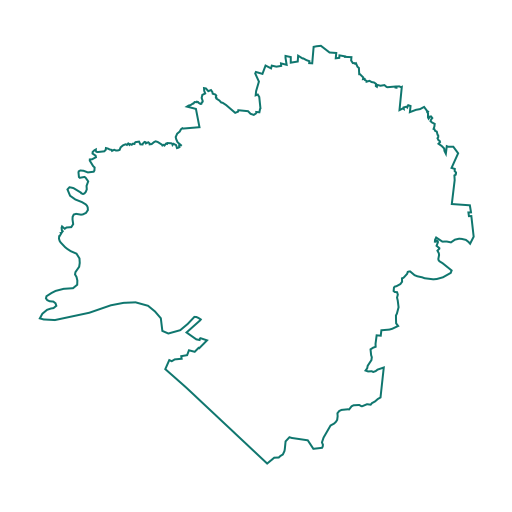 outline of Gutiérrez Zamora, Veracruz, Mexico, rotated 178°
{"feature_id": "50627088B23583227090437", "entity_name": "Gutiérrez Zamora", "entity_type": "district", "adm_level": 2, "iso_a3": "MEX", "parent_name": "Mexico", "parent_adm1": "Veracruz", "projection": "mercator", "projection_center": [-97.115, 20.451], "detail": "fine", "context": "isolated", "style": "outline", "palette": "teal", "viewbox_px": 512, "rotation_deg": 178, "n_neighbors": 0, "source": "geoboundaries", "source_scale": "gbopen_adm2", "svg_char_len": 6044}
<svg xmlns="http://www.w3.org/2000/svg" viewBox="0 0 512 512"><g transform="rotate(178 256 256)"><path d="M160.0,452.4L165.6,453.6L165.9,451.1L169.4,450.8L168.7,456.1L175.4,456.8L183.8,463.8L188.1,463.5L191.1,463.0L193.1,446.6L196.1,446.9L195.8,448.8L198.8,450.0L201.8,451.8L202.6,451.8L206.9,454.7L207.5,448.9L214.5,448.0L214.3,453.6L219.5,454.9L219.6,453.0L218.7,446.0L224.3,447.6L224.2,445.1L229.0,444.5L233.6,445.7L234.4,443.0L239.8,446.0L243.2,437.8L249.7,439.9L250.4,438.4L247.0,430.2L250.1,420.9L250.7,416.6L248.6,417.3L247.2,414.8L246.4,403.3L246.8,402.9L247.6,399.5L250.6,399.9L250.5,399.4L251.2,398.4L253.3,397.1L256.5,398.3L258.9,401.0L268.6,402.3L268.9,400.9L271.8,399.8L280.6,407.9L284.0,410.3L285.4,410.6L287.2,412.7L290.1,414.7L290.4,415.4L290.1,415.8L290.6,416.3L290.1,417.7L291.0,418.8L293.6,419.7L293.9,421.4L295.2,423.4L297.9,422.4L300.2,425.2L302.1,425.6L302.0,422.9L301.1,420.2L304.0,418.9L304.8,415.9L303.8,412.6L304.3,411.5L304.9,411.3L305.3,410.0L306.2,409.9L308.2,411.2L308.4,411.8L309.7,412.3L310.1,411.8L312.0,412.0L313.2,410.5L313.7,410.6L316.1,409.1L318.1,408.7L319.8,407.7L310.9,405.1L308.0,386.7L324.4,385.9L325.1,386.3L326.6,385.2L327.9,383.0L330.5,381.0L332.1,377.7L331.7,375.6L330.4,372.4L326.4,368.7L328.2,370.0L328.8,369.9L329.0,368.5L328.7,367.5L329.7,367.0L331.2,366.6L332.0,369.6L334.5,371.0L335.5,369.9L335.8,371.1L336.7,371.6L340.7,372.0L341.0,371.1L342.1,371.4L343.6,369.6L344.4,370.3L345.7,369.7L346.2,370.6L350.3,373.4L352.3,374.1L353.9,373.4L356.4,371.5L358.4,371.3L358.5,372.3L359.7,373.4L362.1,372.4L362.4,373.6L363.4,373.9L365.2,372.2L365.5,371.4L367.7,371.6L368.9,374.4L372.4,374.0L373.3,373.2L373.6,372.2L375.3,372.5L376.3,371.5L378.0,372.3L378.6,371.5L379.8,372.9L381.1,371.5L382.2,372.2L383.6,371.8L385.1,371.2L387.5,369.3L388.6,366.8L390.3,366.3L392.3,366.3L394.0,367.1L396.2,366.1L396.6,367.1L398.4,367.5L400.2,368.5L402.2,369.1L402.5,367.3L404.0,365.9L410.7,365.4L412.0,365.8L412.5,367.2L412.4,368.0L413.8,367.3L415.6,365.7L415.8,364.1L412.8,361.9L412.5,360.3L416.6,358.3L418.7,358.3L418.8,357.1L415.6,351.5L414.2,350.1L414.5,347.1L415.3,345.9L421.1,345.4L425.4,347.2L428.6,347.6L430.2,346.8L430.5,345.7L430.2,341.1L429.4,340.3L424.6,341.0L423.5,340.1L421.1,336.4L422.9,332.0L422.8,328.5L423.9,326.0L425.3,324.5L426.7,324.0L428.5,324.8L428.7,325.4L436.0,330.2L437.7,330.7L440.0,331.2L442.1,329.1L439.7,322.7L434.6,318.8L428.0,315.9L424.3,313.5L423.1,312.0L422.5,310.4L422.4,307.8L424.4,305.0L427.6,303.6L429.4,303.4L434.3,304.4L436.7,303.8L437.9,301.5L438.1,299.0L437.6,294.2L439.6,291.3L444.4,291.1L446.2,289.9L448.8,292.3L449.3,291.0L449.1,288.2L448.3,287.5L449.6,285.9L450.2,285.8L449.9,285.3L451.5,282.8L452.0,282.7L452.3,280.2L451.7,277.9L450.8,276.4L446.5,271.5L444.4,269.7L441.0,267.3L435.3,264.6L432.5,259.7L432.4,255.2L433.1,251.4L437.0,246.2L437.5,243.9L436.1,241.3L435.4,237.7L435.7,233.5L440.0,230.2L449.4,229.9L457.5,228.1L461.6,226.2L466.8,223.1L467.4,221.0L466.2,219.2L463.9,218.0L460.1,217.5L458.0,215.7L457.3,213.2L460.2,211.0L462.7,210.7L466.7,209.5L471.5,205.8L474.2,201.2L470.4,200.0L459.2,199.0L424.6,205.1L402.8,211.8L390.0,213.8L378.0,213.9L365.6,210.0L358.9,204.1L353.3,197.1L352.2,184.4L346.3,181.6L334.3,184.5L326.6,190.5L319.7,197.3L317.7,197.1L315.7,196.1L313.4,194.5L314.0,193.7L328.1,182.0L318.6,174.8L315.3,174.0L314.9,175.5L314.3,175.8L307.9,173.4L316.0,165.8L316.6,166.2L320.6,162.4L326.3,164.1L328.3,159.3L334.2,158.5L333.9,155.9L340.8,155.5L343.9,153.8L346.3,155.0L350.6,146.1L330.3,126.9L252.1,48.2L244.8,53.8L240.3,53.8L238.6,55.3L236.1,56.7L234.4,60.0L234.0,61.7L232.9,69.7L228.9,73.7L226.6,72.9L210.7,70.0L205.4,61.3L196.7,62.0L196.0,63.2L195.7,65.0L196.6,67.4L194.8,72.2L187.4,84.0L183.8,85.8L181.9,87.5L180.6,89.4L180.0,93.0L180.1,96.0L178.2,98.2L175.9,99.2L169.6,99.6L168.3,99.4L165.7,102.5L163.7,103.4L158.0,103.5L155.9,102.2L155.0,102.2L150.2,104.0L146.6,103.4L145.3,104.9L142.1,106.5L139.3,108.8L136.5,110.3L132.2,140.1L138.5,138.2L140.4,136.8L142.9,136.0L144.4,136.8L148.0,136.7L150.5,137.7L148.8,139.9L148.2,142.4L144.3,147.9L143.8,150.8L144.4,152.9L144.8,158.7L142.1,160.3L139.6,161.1L139.6,164.1L138.2,172.5L134.1,172.0L133.3,177.4L125.3,177.8L122.4,178.5L116.4,181.1L118.3,183.8L118.3,187.4L118.2,191.7L117.2,193.5L115.3,199.8L115.9,206.5L116.5,209.5L115.6,212.5L116.3,214.9L118.6,215.2L119.7,216.2L119.2,219.7L118.3,220.6L116.7,220.9L112.7,222.9L110.9,225.2L110.9,228.6L109.5,229.0L108.5,229.9L105.6,232.9L104.9,234.8L103.4,235.2L102.5,235.2L98.2,231.3L95.5,230.1L90.7,228.9L88.3,227.9L79.6,226.5L76.1,226.7L69.9,228.2L62.0,232.3L61.0,234.7L69.8,242.3L72.8,244.3L73.6,245.3L73.9,246.6L73.0,250.6L73.2,252.4L74.5,255.0L72.5,256.9L72.5,257.5L75.2,259.9L73.7,263.4L73.8,264.3L74.8,265.1L75.5,264.8L75.9,264.0L76.7,264.1L76.5,265.9L75.3,268.2L69.3,263.9L64.8,263.8L60.7,262.8L56.6,265.4L52.4,266.2L49.8,265.9L45.7,264.8L43.2,262.7L41.6,260.8L37.8,267.7L39.4,288.4L41.8,288.4L42.2,292.1L39.6,292.1L40.5,299.2L58.5,301.1L54.8,324.9L54.9,329.6L53.7,330.2L53.7,330.8L53.3,331.1L53.2,332.5L54.5,333.9L54.3,336.1L57.5,337.2L50.4,351.6L55.0,358.3L60.1,358.5L61.5,359.1L62.7,351.6L64.0,354.5L64.2,356.9L66.6,359.5L69.7,361.8L68.1,363.4L68.4,364.5L69.6,365.4L70.5,367.4L69.7,368.5L69.7,370.2L70.3,370.7L71.0,374.0L72.7,374.9L73.2,376.4L74.1,376.8L73.2,379.2L72.8,381.8L75.6,383.4L76.9,384.7L76.1,386.5L75.0,387.7L76.2,389.4L77.3,389.3L78.7,387.3L79.3,388.5L79.1,392.5L79.8,393.7L79.1,394.0L78.4,393.6L79.0,394.3L79.7,394.6L82.8,399.1L86.9,397.1L91.0,396.5L97.2,394.4L96.3,400.5L98.6,401.4L99.7,399.2L100.3,400.0L103.3,399.3L103.2,397.8L104.0,398.4L107.5,396.8L104.4,419.9L105.1,419.6L106.8,420.5L109.8,420.5L109.8,419.3L110.8,419.5L110.9,420.5L118.7,420.1L119.6,420.4L121.7,422.3L125.7,421.8L128.9,422.8L129.3,420.9L130.3,421.6L130.1,423.9L132.0,425.3L134.4,425.8L136.5,427.1L139.2,426.4L139.1,426.9L141.0,428.1L141.2,429.1L142.9,429.0L142.5,430.6L145.8,434.1L146.5,434.1L146.6,440.3L148.0,441.6L149.4,445.2L150.3,444.7L150.8,445.3L152.5,445.4L154.1,448.1L153.7,451.4L160.1,451.9L160.0,452.4Z" fill="none" stroke="#0f766e" stroke-width="2"/></g></svg>